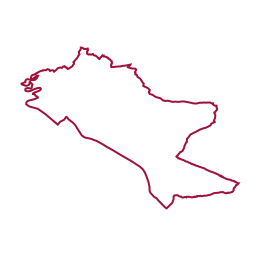 Fet nor, Akershus, Norway (Equal Earth projection), rotated 344°
{"feature_id": "86288312B34896382200122", "entity_name": "Fet nor", "entity_type": "district", "adm_level": 2, "iso_a3": "NOR", "parent_name": "Norway", "parent_adm1": "Akershus", "projection": "equal_earth", "projection_center": [11.264, 59.871], "detail": "fine", "context": "isolated", "style": "outline", "palette": "rose", "viewbox_px": 256, "rotation_deg": 344, "n_neighbors": 0, "source": "geoboundaries", "source_scale": "gbopen_adm2", "svg_char_len": 5676}
<svg xmlns="http://www.w3.org/2000/svg" viewBox="0 0 256 256"><g transform="rotate(344 128 128)"><path d="M99.0,136.5L102.8,140.7L107.8,145.7L110.9,149.1L122.7,161.4L128.9,168.6L130.9,171.8L131.9,175.2L132.4,179.3L132.8,185.5L132.4,190.6L131.5,194.0L131.5,195.9L131.8,196.7L133.8,200.8L134.8,202.2L136.1,203.4L136.7,205.0L140.4,212.1L141.8,214.5L142.9,215.9L149.8,212.2L152.1,209.2L152.9,206.5L153.5,205.9L154.3,205.6L155.8,206.0L156.6,206.1L157.4,206.5L157.9,207.3L158.9,208.1L160.1,208.6L160.3,209.2L161.5,210.0L163.6,210.0L163.9,210.3L164.9,210.3L165.1,210.7L165.8,210.3L166.1,210.5L167.4,210.9L167.7,211.1L168.6,211.3L170.4,212.4L171.6,212.3L172.3,212.6L172.8,212.3L173.1,212.4L173.1,212.7L173.5,212.9L174.4,212.7L174.9,212.9L174.9,212.6L175.1,212.5L176.4,212.6L178.0,213.2L178.8,213.1L179.1,213.5L180.4,213.9L183.3,214.2L184.9,214.7L186.1,214.6L188.6,214.9L193.0,214.3L197.3,215.2L199.3,215.2L200.3,215.6L201.1,215.5L203.8,217.6L204.5,217.8L206.2,217.6L206.4,217.8L206.2,218.0L207.0,218.1L209.0,218.3L210.7,218.1L211.7,217.7L212.3,217.2L212.6,216.0L213.3,214.9L214.7,214.2L216.1,212.8L216.4,212.9L217.2,212.6L217.6,212.6L219.0,211.6L218.1,211.3L217.3,210.1L216.4,209.7L216.5,209.5L215.6,208.4L212.8,206.9L212.7,206.3L212.5,206.1L209.9,204.9L208.0,203.6L206.3,202.0L206.0,201.4L205.2,201.2L204.3,200.5L204.1,200.2L204.4,199.9L203.9,199.7L204.0,199.5L203.5,199.3L203.6,199.2L203.1,199.0L203.1,198.8L202.2,198.0L201.2,196.9L200.2,196.4L199.9,195.8L197.2,193.8L196.4,193.4L194.6,192.0L191.2,189.1L190.9,188.5L190.3,187.9L185.3,184.5L184.5,183.7L183.2,183.1L182.5,182.4L182.0,182.2L181.9,181.8L181.5,181.7L181.0,181.1L179.8,180.6L179.7,180.2L178.9,179.8L178.9,179.6L177.9,178.6L176.9,178.0L176.0,176.9L174.2,176.0L173.0,174.6L169.5,172.1L168.6,171.2L168.2,171.1L168.3,170.9L167.9,170.3L167.9,170.2L167.2,169.8L166.7,168.8L167.7,168.1L168.3,167.9L169.3,167.1L170.6,166.4L171.2,165.7L174.0,165.2L176.6,162.4L177.2,161.1L179.5,158.4L179.7,158.0L180.9,157.5L181.1,156.3L181.9,154.5L183.4,153.8L185.9,151.7L187.0,151.3L189.1,151.0L190.0,150.7L190.8,150.7L197.1,149.3L200.9,149.1L201.9,149.2L204.8,148.9L207.1,148.3L207.9,148.3L208.5,147.8L208.8,147.2L209.5,146.7L210.9,146.6L211.8,146.3L212.7,146.3L212.7,146.1L212.9,146.0L212.4,145.3L212.4,145.0L213.1,144.4L213.2,143.8L213.6,143.4L214.2,142.7L215.3,140.4L215.4,139.4L215.6,139.0L215.1,137.8L215.3,136.8L216.4,136.6L216.6,136.2L218.7,134.9L218.9,134.4L218.8,132.8L219.3,131.1L219.2,130.9L218.4,130.9L217.2,130.0L216.3,129.0L216.0,128.4L216.5,127.7L215.4,127.4L214.6,126.8L213.9,126.1L209.1,124.9L207.3,124.2L206.2,124.2L204.2,123.5L200.2,123.3L197.3,122.2L195.1,120.9L189.3,118.0L187.8,117.5L183.3,116.7L180.7,115.7L178.4,115.3L173.8,112.8L171.1,112.2L170.3,111.6L169.3,111.2L167.4,108.4L164.4,106.6L162.6,105.2L160.7,102.8L158.4,101.4L158.1,100.9L158.1,100.0L157.9,99.7L157.9,99.3L158.1,98.9L158.7,98.7L158.8,98.0L159.4,97.4L158.3,95.5L157.2,94.3L154.3,91.9L154.5,91.1L154.9,90.8L155.0,90.1L155.3,89.6L154.9,89.2L153.3,83.9L151.4,81.7L151.1,81.0L151.2,79.8L150.9,79.4L150.1,78.7L149.8,78.3L150.5,77.3L150.0,76.6L150.1,76.1L150.8,75.6L151.9,74.3L151.7,73.5L151.5,73.1L150.8,72.8L147.6,71.6L145.7,70.3L144.7,69.5L145.4,68.9L147.5,68.2L147.9,67.7L143.4,67.4L139.4,66.7L137.4,66.7L135.6,66.2L131.9,65.5L128.8,64.8L128.7,64.7L128.6,64.0L129.4,62.6L130.0,61.9L129.7,61.8L130.8,60.4L130.7,60.0L130.5,59.6L130.7,59.2L130.1,58.4L129.6,57.1L129.3,56.8L129.0,56.7L128.3,55.9L128.2,55.7L128.3,55.3L127.8,55.0L127.6,54.5L126.9,54.1L126.7,53.6L126.1,53.4L125.4,52.9L124.4,52.6L124.2,52.3L124.5,51.6L123.6,51.4L123.4,51.1L123.0,51.3L122.8,51.7L121.9,52.4L121.0,52.5L120.5,53.0L120.2,53.2L119.9,53.7L119.5,53.8L117.4,50.3L117.2,50.2L116.5,49.3L115.5,48.9L115.1,48.5L114.8,47.3L114.5,47.1L113.5,47.4L112.7,47.3L111.2,46.5L110.9,46.6L110.2,46.5L109.5,45.9L109.3,45.4L109.5,45.0L109.3,44.9L109.4,44.2L109.6,43.7L109.6,43.3L109.9,42.9L110.6,42.6L111.0,42.2L111.3,41.4L111.1,41.1L111.1,40.5L109.6,40.6L108.6,40.1L107.4,39.9L106.5,38.6L105.3,37.8L104.9,37.7L104.9,38.1L103.5,40.0L101.9,41.0L101.9,41.7L101.6,42.3L101.7,43.8L100.1,44.9L98.6,46.6L96.4,47.9L95.5,48.6L94.9,48.8L94.4,49.5L93.8,49.7L94.1,50.2L93.7,51.5L92.8,52.0L91.7,53.2L87.3,54.6L86.4,54.7L86.0,53.7L85.7,53.6L85.7,53.2L85.6,52.9L85.2,53.0L84.4,52.2L84.3,51.4L84.0,51.0L82.4,51.1L80.8,52.0L79.7,51.2L77.4,51.1L76.5,51.4L75.5,52.1L72.5,53.5L72.3,53.1L72.2,52.3L72.0,52.0L70.7,51.5L68.7,51.6L68.4,50.5L68.5,50.4L68.4,50.2L67.8,50.0L66.9,49.3L66.0,49.5L65.2,49.9L63.4,49.3L62.9,49.4L62.0,49.1L61.9,49.3L59.9,49.2L57.2,49.6L55.9,50.1L55.0,50.0L54.5,50.4L54.6,50.5L53.9,50.9L53.0,50.6L52.1,50.9L51.1,50.7L49.9,51.1L49.3,51.6L48.4,53.5L48.4,53.8L48.9,54.2L50.1,54.5L54.4,52.9L55.1,52.8L55.8,52.8L56.0,53.0L54.1,54.9L51.9,56.0L51.5,56.1L50.8,55.7L49.5,55.6L48.2,55.2L45.3,53.5L44.5,53.3L43.5,53.5L42.7,54.0L42.0,55.0L42.0,55.6L37.9,56.0L37.8,56.5L38.4,57.3L40.9,58.7L40.9,59.0L42.5,59.5L44.1,59.3L45.2,58.9L45.6,58.4L45.8,57.2L46.0,56.8L46.8,56.7L47.0,57.3L46.9,57.6L46.9,58.1L48.1,59.4L48.1,59.8L47.9,60.4L46.8,61.9L46.7,62.5L46.1,63.0L45.3,63.2L44.8,63.1L43.9,62.5L42.5,61.9L40.4,61.9L40.2,62.2L39.7,63.3L39.8,64.0L40.2,64.4L42.0,65.2L43.2,65.4L45.3,65.4L47.1,65.0L49.8,64.7L53.0,64.8L54.5,65.2L54.9,65.7L55.0,66.1L55.0,66.4L54.7,67.0L53.1,67.7L47.7,68.2L46.8,68.3L46.1,68.7L46.0,69.2L46.2,69.4L47.3,69.9L47.8,70.3L48.0,71.5L49.7,73.1L49.8,73.6L49.4,74.2L45.5,74.5L39.7,74.3L38.6,74.6L37.4,75.4L37.0,76.1L36.7,77.1L38.8,79.9L46.6,84.7L52.5,92.0L61.4,105.4L64.7,103.2L68.4,102.6L69.3,102.1L71.4,100.4L71.7,100.3L72.1,100.4L73.4,103.5L76.4,107.5L78.1,110.7L78.7,113.1L81.5,122.4L83.8,125.2L90.0,128.5L91.3,129.7L94.3,131.8L99.0,136.5Z" fill="none" stroke="#9f1239" stroke-width="2"/></g></svg>